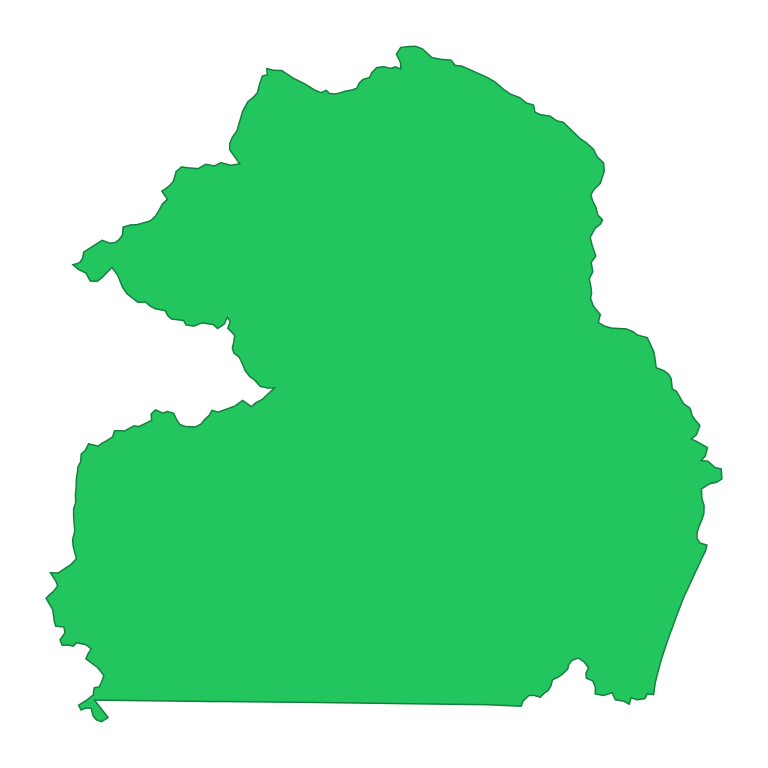 Guaratuba, Paraná, Brazil
{"feature_id": "56859067B52183991417177", "entity_name": "Guaratuba", "entity_type": "district", "adm_level": 2, "iso_a3": "BRA", "parent_name": "Brazil", "parent_adm1": "Paraná", "projection": "orthographic", "projection_center": [-48.788, -25.795], "detail": "fine", "context": "isolated", "style": "filled", "palette": "green", "viewbox_px": 768, "rotation_deg": 0, "n_neighbors": 0, "source": "geoboundaries", "source_scale": "gbopen_adm2", "svg_char_len": 4152}
<svg xmlns="http://www.w3.org/2000/svg" viewBox="0 0 768 768"><path d="M510.7,94.3L503.3,89.1L494.5,81.6L486.9,77.3L461.3,65.9L455.1,65.4L451.0,60.1L440.4,59.3L431.8,57.5L422.6,49.0L415.6,46.3L409.1,46.5L400.7,47.5L396.4,54.3L400.4,62.2L400.9,68.9L395.1,66.9L390.9,68.4L383.4,66.7L376.6,67.6L371.5,73.0L369.6,77.5L362.9,79.5L359.4,82.8L356.9,88.1L352.2,89.9L344.8,91.3L340.0,93.0L335.1,94.0L329.6,93.5L326.2,90.3L321.0,92.7L315.2,90.3L304.2,83.6L293.3,78.2L281.7,70.5L273.5,70.3L266.8,68.6L267.3,74.9L262.4,75.9L259.5,84.4L257.4,92.7L252.8,97.8L248.0,101.5L242.7,111.1L240.4,119.1L238.7,124.7L236.9,130.9L232.6,136.8L229.7,143.5L229.7,149.8L239.7,163.8L230.9,165.3L220.9,162.7L214.5,165.9L205.7,164.3L198.2,168.6L187.3,167.8L181.6,166.9L176.1,171.6L173.4,181.2L170.1,185.1L165.8,188.6L161.8,191.1L167.4,199.3L162.4,203.9L159.0,210.5L155.4,216.2L150.1,221.0L136.9,224.7L130.6,224.9L123.1,227.1L122.5,234.9L119.3,239.4L115.5,242.4L109.8,243.2L102.1,240.3L83.7,252.1L82.6,258.4L79.2,263.0L72.9,264.7L78.3,269.4L86.0,273.1L90.3,281.1L97.3,281.2L102.1,277.6L111.9,267.5L117.7,275.2L122.6,287.5L127.3,294.1L137.7,302.2L145.8,302.1L150.2,306.2L155.3,308.8L165.1,310.6L167.8,315.7L171.4,319.0L183.7,320.5L185.9,324.9L193.8,326.1L201.9,322.9L213.2,324.5L217.6,328.5L224.3,324.0L227.2,317.3L230.3,321.6L227.7,328.3L231.3,331.7L234.7,335.5L233.7,342.4L232.3,348.3L234.0,353.2L239.2,357.1L243.0,365.1L245.0,370.4L249.8,376.7L253.9,379.3L260.2,386.4L268.2,388.1L274.6,387.8L262.1,399.5L255.3,403.0L251.5,406.7L242.6,400.4L234.7,406.2L218.2,412.1L211.9,410.3L209.2,415.4L204.7,419.4L201.0,424.1L195.5,426.9L185.4,426.5L179.9,424.5L177.0,420.4L173.7,413.4L167.4,411.4L162.9,413.2L155.6,409.8L151.1,414.0L151.7,420.2L144.4,423.9L138.8,426.6L134.0,425.8L124.6,430.9L114.6,430.7L112.6,436.8L106.6,440.8L101.8,443.3L98.0,446.1L88.6,443.8L85.2,450.4L81.2,454.1L80.7,461.7L78.0,466.7L77.4,472.1L76.3,479.8L76.2,486.3L75.4,494.8L75.7,502.8L73.6,508.7L73.6,515.9L74.0,522.0L74.8,530.8L72.6,539.7L73.1,546.0L76.4,558.8L70.3,565.1L65.9,567.8L58.2,573.0L50.5,572.8L55.9,581.3L57.6,585.9L53.7,591.2L49.8,594.5L46.1,598.2L48.9,603.2L52.7,609.6L54.3,621.4L55.7,626.2L63.9,627.0L65.0,632.8L60.0,639.8L62.2,645.2L68.7,645.1L73.2,646.2L76.7,642.8L85.9,644.7L91.3,648.9L88.1,653.7L85.9,658.8L91.9,663.3L97.0,667.0L103.8,675.2L101.9,681.0L99.3,686.8L94.2,687.8L93.2,695.0L86.7,700.1L78.6,705.2L81.0,710.0L85.6,708.1L91.1,708.1L93.0,715.8L96.4,719.9L101.5,721.7L108.1,717.5L94.5,700.1L201.1,701.4L214.7,701.6L220.7,701.5L230.3,701.6L309.7,702.4L476.9,704.6L484.1,704.6L521.1,706.2L523.2,700.8L528.9,695.5L534.3,695.4L540.2,697.3L543.9,693.6L548.5,690.1L551.0,685.6L552.5,679.7L557.6,677.4L562.4,674.2L567.7,669.0L568.9,664.3L572.0,660.3L578.4,658.1L584.2,661.9L588.5,668.0L585.9,673.1L586.4,678.2L592.8,680.8L595.4,687.5L595.2,693.9L603.7,695.5L612.1,692.7L615.4,699.8L623.9,701.2L629.3,704.2L631.0,697.7L637.0,699.8L644.9,698.6L647.3,694.0L653.6,694.6L655.3,682.6L657.7,673.0L659.4,666.6L660.9,661.1L662.9,654.8L665.4,647.1L667.8,640.1L670.3,633.0L672.4,627.6L674.6,621.4L677.0,614.8L679.7,607.9L682.3,600.9L684.5,595.5L687.1,590.2L691.0,581.7L694.3,574.5L698.2,566.2L702.0,558.0L705.4,551.2L706.9,545.1L700.0,543.0L697.0,538.4L697.1,532.1L699.5,525.3L701.9,519.7L703.9,513.6L704.1,505.5L701.9,498.6L701.4,489.0L705.8,486.1L709.8,483.7L716.4,482.4L721.9,478.9L721.2,469.0L714.7,467.4L708.0,461.2L701.0,460.5L705.4,455.9L707.4,447.6L696.5,441.4L691.3,439.1L696.5,434.6L699.9,425.4L695.0,419.8L692.2,415.6L690.1,408.3L683.6,403.7L676.4,391.2L672.3,389.0L671.1,378.4L668.5,374.2L664.4,370.9L656.2,367.7L654.8,357.3L653.7,351.5L647.3,337.7L637.0,334.9L633.4,331.9L626.2,328.9L611.6,328.1L604.8,326.2L598.3,322.5L600.3,314.5L593.5,306.4L590.6,298.5L591.6,292.9L590.7,285.6L589.2,278.9L592.8,271.8L591.2,262.4L595.8,256.1L592.2,245.5L590.1,237.5L594.9,228.5L600.3,224.2L602.6,220.0L597.8,214.9L595.8,207.2L592.9,201.5L590.8,194.9L593.7,189.8L600.3,183.3L604.3,171.1L603.6,163.0L597.1,156.7L593.4,149.2L585.8,142.4L580.0,138.5L563.2,122.2L556.6,120.8L550.0,116.0L540.5,114.7L535.0,112.2L533.5,105.0L526.6,103.1L519.7,97.6L510.7,94.3Z" fill="#22c55e" stroke="#15803d" stroke-width="1.5"/></svg>